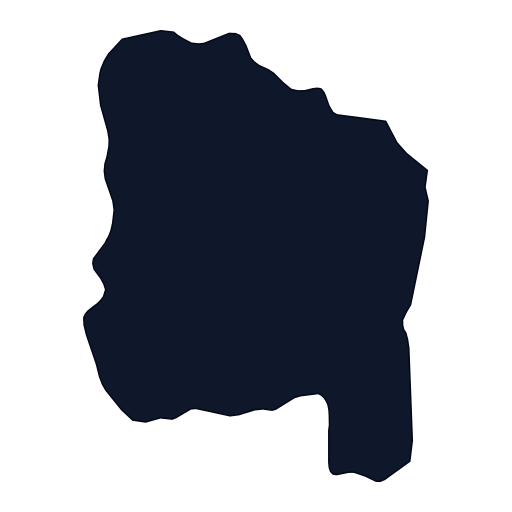 an SVG outline of Ang Thong
{"feature_id": "THA-406", "entity_name": "Ang Thong", "entity_type": "Province", "adm_level": 1, "iso_a3": "THA", "parent_name": "Thailand", "parent_adm1": "", "projection": "natural_earth1", "projection_center": [100.34, 14.618], "detail": "fine", "context": "isolated", "style": "filled", "palette": "ink", "viewbox_px": 512, "rotation_deg": 0, "n_neighbors": 0, "source": "natural_earth", "source_scale": "10m", "svg_char_len": 1609}
<svg xmlns="http://www.w3.org/2000/svg" viewBox="0 0 512 512"><path d="M145.6,422.0L132.7,420.1L121.7,409.8L105.8,390.1L102.5,384.3L99.5,376.4L96.5,364.3L86.5,334.8L84.1,324.9L83.8,317.5L85.6,313.8L88.1,310.9L94.0,306.2L97.1,304.0L100.5,300.7L103.5,296.7L105.7,289.6L103.8,283.8L100.5,277.8L94.1,269.2L92.8,263.5L93.5,258.8L105.0,243.3L106.8,239.7L108.8,236.3L111.0,230.6L112.7,223.1L114.2,209.8L112.9,200.8L105.3,178.8L104.3,171.1L105.0,163.8L106.9,157.4L109.0,146.4L109.2,139.2L107.8,130.7L100.7,105.5L98.3,85.1L100.0,73.3L101.1,68.8L104.5,60.7L108.7,53.8L122.3,39.2L160.8,30.7L173.7,32.2L177.5,35.4L182.6,38.6L191.3,43.2L198.9,44.0L204.1,43.4L229.2,33.4L235.7,33.7L239.8,35.5L242.2,38.8L246.0,45.9L250.6,57.9L254.0,61.8L258.7,65.4L268.3,69.8L273.6,73.3L282.8,82.5L291.1,89.4L297.8,90.9L304.6,90.8L313.2,88.7L317.2,88.3L320.4,88.7L321.1,89.1L321.6,89.5L323.8,92.3L325.3,95.5L328.9,105.8L332.9,112.5L336.9,114.8L385.7,121.3L396.9,142.7L406.4,153.4L427.3,170.4L425.0,187.3L428.2,201.0L424.5,237.2L410.6,304.6L406.1,312.3L402.5,320.0L402.6,325.1L403.6,329.5L405.8,333.0L407.5,339.4L408.8,348.2L412.3,440.6L409.8,461.2L384.5,479.5L380.3,481.3L376.1,481.2L365.3,476.0L354.8,472.4L352.5,472.1L348.5,472.2L336.6,474.6L333.1,474.1L330.6,471.5L329.3,467.6L328.8,462.4L328.8,430.3L329.5,425.2L329.3,414.7L329.0,410.1L328.1,405.2L327.3,403.1L326.0,400.5L324.1,397.6L321.3,395.1L318.3,393.5L300.7,395.7L294.3,397.6L275.8,409.1L272.1,410.2L262.8,408.9L254.6,409.8L238.7,414.7L230.0,415.8L195.9,408.4L190.7,408.9L176.0,417.6L172.2,419.1L160.5,417.8L145.6,422.0Z" fill="#0f172a" stroke="#020617" stroke-width="1.5"/></svg>